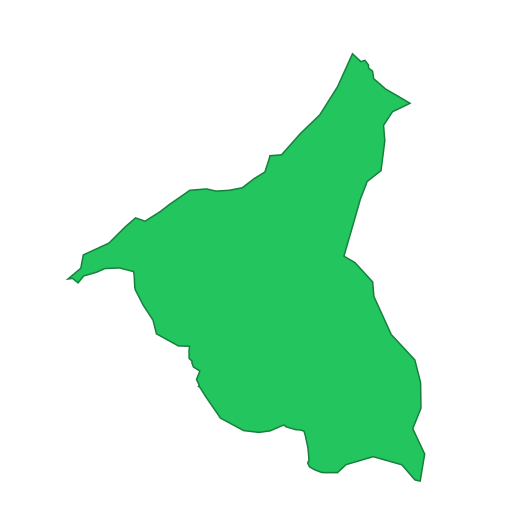 the district of Sam Gbalor, River Cess, Liberia, rotated 95°
{"feature_id": "62588387B40614732140726", "entity_name": "Sam Gbalor", "entity_type": "district", "adm_level": 2, "iso_a3": "LBR", "parent_name": "Liberia", "parent_adm1": "River Cess", "projection": "natural_earth1", "projection_center": [-9.418, 5.385], "detail": "fine", "context": "isolated", "style": "filled", "palette": "green", "viewbox_px": 512, "rotation_deg": 95, "n_neighbors": 0, "source": "geoboundaries", "source_scale": "gbopen_adm2", "svg_char_len": 1762}
<svg xmlns="http://www.w3.org/2000/svg" viewBox="0 0 512 512"><g transform="rotate(95 256 256)"><path d="M91.6,117.8L90.4,115.9L88.7,119.5L84.3,128.7L82.8,132.0L78.3,141.6L71.8,150.4L71.4,151.0L69.1,154.2L61.7,156.0L59.0,160.2L55.9,160.6L51.6,164.5L53.2,168.5L46.1,177.5L80.4,189.6L109.7,204.7L110.7,205.5L129.8,222.2L153.0,239.4L154.9,250.9L158.0,251.3L171.6,254.5L179.0,264.5L189.2,275.6L189.5,276.6L192.9,288.6L194.8,301.5L193.5,311.2L196.3,327.7L201.7,334.1L211.8,346.3L220.1,355.3L231.0,369.6L228.5,379.3L238.1,388.6L256.0,403.7L269.9,428.1L283.5,429.5L295.3,441.3L294.3,436.7L295.4,435.2L296.8,433.1L298.3,430.9L290.9,425.9L286.0,413.3L281.7,405.5L279.8,391.1L282.2,376.6L285.8,375.7L298.1,374.0L298.6,373.7L299.9,373.5L303.5,371.2L310.8,366.6L315.3,363.8L315.6,363.5L319.9,360.1L320.7,359.4L320.8,359.4L328.9,353.0L333.5,351.4L341.9,348.5L342.2,348.4L352.4,325.4L352.3,324.5L352.2,323.1L351.7,314.4L356.9,314.4L363.9,313.7L366.2,310.6L367.8,310.6L372.0,308.7L375.5,301.9L384.2,304.5L389.7,301.3L390.9,302.0L391.6,300.6L394.3,298.5L400.3,294.0L415.2,281.7L420.6,277.3L421.8,274.6L422.1,273.8L430.3,254.7L431.0,253.1L431.5,237.7L429.0,226.8L429.0,226.7L422.8,215.3L422.0,213.0L423.5,211.3L425.5,201.6L425.5,196.4L426.3,192.9L431.0,191.1L442.8,187.5L454.7,185.4L457.6,186.5L461.4,184.3L463.9,178.9L465.9,171.8L465.9,169.7L465.1,160.3L464.7,155.9L462.8,154.2L456.0,148.1L445.7,121.8L451.3,92.5L462.3,81.2L465.2,78.2L465.9,73.7L465.9,72.8L438.6,70.7L414.3,84.8L403.5,81.5L393.2,78.4L367.8,81.0L345.7,88.7L322.5,114.4L307.8,122.7L286.1,135.0L271.7,137.5L254.0,156.8L248.5,168.4L220.2,162.8L189.9,156.9L174.9,152.5L172.2,151.8L162.6,141.7L160.1,138.9L130.2,137.7L114.7,140.3L100.4,132.6L91.6,117.8Z" fill="#22c55e" stroke="#15803d" stroke-width="1.5"/></g></svg>